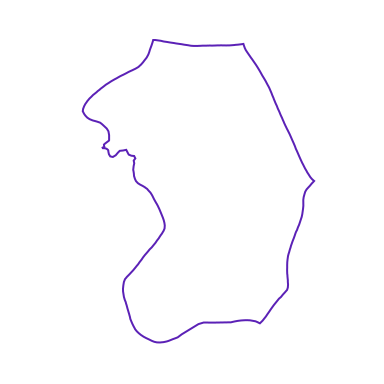 Daw'an, Hadramawt, Yemen, rotated 8°
{"feature_id": "15242507B41313951038201", "entity_name": "Daw'an", "entity_type": "district", "adm_level": 2, "iso_a3": "YEM", "parent_name": "Yemen", "parent_adm1": "Hadramawt", "projection": "orthographic", "projection_center": [48.292, 15.038], "detail": "fine", "context": "isolated", "style": "outline", "palette": "violet", "viewbox_px": 384, "rotation_deg": 8, "n_neighbors": 0, "source": "geoboundaries", "source_scale": "gbopen_adm2", "svg_char_len": 5581}
<svg xmlns="http://www.w3.org/2000/svg" viewBox="0 0 384 384"><g transform="rotate(8 192 192)"><path d="M311.4,164.1L310.9,163.8L309.0,162.5L307.2,160.9L307.0,160.7L304.8,158.1L303.3,156.4L302.7,155.5L300.4,152.6L300.3,152.4L298.9,150.4L298.1,149.2L297.4,148.3L296.6,147.1L295.3,145.1L293.3,141.9L292.2,140.1L291.9,139.6L290.3,137.0L288.8,134.7L287.6,132.4L285.8,129.4L283.9,126.4L282.5,124.1L280.7,121.2L278.7,118.3L278.1,117.4L277.2,116.2L275.9,114.2L275.4,113.5L273.4,110.4L273.1,109.8L272.0,108.1L270.9,106.2L270.5,105.6L269.0,103.3L267.2,100.2L265.5,97.6L264.8,96.4L264.3,95.4L263.6,94.3L262.8,93.1L262.0,91.8L261.2,90.4L260.0,88.4L259.8,87.9L258.1,85.1L257.0,83.1L256.9,82.9L255.5,80.6L254.1,78.3L253.0,76.7L252.5,76.1L250.9,73.9L249.4,71.8L247.4,69.3L245.5,67.0L244.8,66.1L243.7,64.6L242.0,62.4L239.9,59.8L237.6,57.1L235.2,54.5L233.0,52.1L231.7,50.8L231.2,50.3L231.1,50.1L229.5,48.4L227.4,46.1L225.8,44.3L225.6,44.1L224.2,42.0L223.9,41.4L223.0,39.7L222.3,38.2L221.6,38.4L220.4,38.8L217.0,39.7L214.3,40.3L213.7,40.5L210.6,41.2L208.2,41.7L206.6,41.9L205.6,42.1L203.0,42.4L199.9,42.8L198.3,43.1L196.7,43.3L194.1,43.8L192.9,44.0L191.5,44.2L188.6,44.6L185.7,45.1L184.4,45.3L182.8,45.5L179.7,46.1L176.5,46.7L173.5,47.1L171.0,47.3L170.6,47.3L169.7,47.3L167.8,47.2L166.2,47.2L164.4,47.2L163.6,47.2L161.3,47.1L159.0,47.1L158.3,47.1L155.3,47.1L153.6,47.0L152.0,47.0L151.4,47.0L149.4,47.0L146.5,46.9L143.2,46.9L142.0,46.8L140.2,46.6L138.7,46.6L137.2,46.6L134.5,46.6L132.8,46.8L132.4,46.9L132.4,47.3L132.0,49.9L131.5,52.6L130.9,55.3L130.5,57.2L130.3,58.6L130.1,59.8L129.6,62.0L128.4,65.2L126.9,67.8L126.7,68.1L125.5,70.3L123.8,72.9L123.4,73.4L123.1,73.7L121.6,75.6L120.6,76.4L119.6,77.2L118.4,78.1L117.3,78.8L115.7,79.9L115.0,80.3L112.4,82.0L110.4,83.5L107.7,85.4L106.3,86.3L104.7,87.4L103.4,88.4L102.5,89.1L101.5,89.9L99.8,91.1L98.0,92.5L96.7,93.5L94.2,95.7L91.8,97.7L89.9,99.7L88.1,101.5L87.0,102.6L86.4,103.4L84.5,105.3L83.5,106.6L82.8,107.3L81.8,108.4L80.6,109.6L79.0,111.8L78.1,112.9L77.4,113.8L76.0,116.1L75.7,116.5L75.4,117.2L74.1,119.7L73.2,122.2L72.9,123.6L72.6,124.8L72.6,125.4L72.6,127.3L73.0,127.8L74.2,129.5L74.9,130.3L75.9,131.3L77.9,132.9L78.1,133.0L80.4,134.1L83.1,134.8L84.1,135.0L85.9,135.2L88.0,135.5L88.6,135.6L91.3,136.1L92.9,137.0L93.7,137.5L95.3,138.6L96.3,139.3L98.7,141.0L100.8,143.5L102.0,147.2L102.7,152.2L102.5,152.8L102.1,153.2L100.9,154.4L99.1,156.2L98.2,157.3L98.6,158.9L98.9,159.3L98.9,159.7L97.7,160.2L97.3,160.5L97.6,161.0L98.5,160.9L99.9,160.8L101.0,161.0L102.0,161.4L102.6,161.8L103.1,162.2L103.4,162.8L103.5,163.5L104.0,164.9L104.5,166.2L104.6,166.3L106.1,168.1L108.1,168.3L108.8,168.3L110.5,166.9L111.3,166.3L113.2,163.3L114.7,161.3L118.3,160.4L118.5,160.3L121.0,159.4L122.7,161.8L123.7,163.2L124.2,163.8L125.8,164.2L126.9,164.5L129.7,164.4L130.7,165.9L131.2,166.6L129.9,169.0L130.8,171.6L130.6,174.5L130.7,178.3L131.1,179.3L131.8,181.6L132.4,184.3L132.8,185.1L133.6,186.8L134.8,188.7L135.0,189.0L137.2,190.8L139.6,191.9L142.2,192.8L144.8,193.9L145.0,194.1L147.2,195.2L147.9,195.9L149.2,197.0L150.7,198.2L151.2,198.7L152.3,200.0L153.1,201.0L154.2,202.6L154.8,203.5L155.2,204.1L156.7,206.1L158.4,208.3L158.7,208.6L159.2,209.3L160.3,210.8L160.6,211.3L161.8,213.1L162.6,214.4L163.3,215.6L165.0,218.5L166.5,221.1L166.9,221.8L168.0,224.0L169.0,226.5L169.7,229.0L169.9,232.0L169.2,234.6L168.9,235.2L168.0,237.4L166.9,239.4L166.6,240.1L166.1,241.1L165.5,242.5L164.1,244.9L162.9,247.4L161.3,250.0L159.8,252.5L158.6,254.0L157.8,255.1L157.3,256.0L156.0,258.1L154.1,261.0L152.5,263.8L152.0,264.9L151.4,266.1L149.7,269.0L149.1,270.3L148.4,271.6L147.9,272.3L146.6,274.5L144.9,277.3L144.1,278.5L143.1,279.9L141.8,281.8L141.0,282.9L139.2,285.3L138.9,285.9L137.8,287.6L137.3,289.7L137.1,290.5L137.0,293.9L137.1,296.6L137.1,297.3L137.6,300.2L137.8,300.8L138.4,302.8L139.2,305.4L140.2,307.6L140.3,307.9L141.7,310.3L142.2,311.6L143.0,313.2L144.3,316.3L145.5,318.9L145.8,319.6L146.6,321.3L147.5,323.4L147.7,323.8L148.2,325.1L148.6,326.3L150.0,328.7L151.4,331.0L152.1,332.0L152.9,333.2L153.9,334.5L154.8,335.8L156.7,337.6L158.9,339.2L161.4,340.7L162.9,341.4L164.1,342.0L165.2,342.4L166.8,343.0L169.7,343.9L173.0,345.0L175.5,345.6L178.1,345.8L181.1,345.5L184.8,344.6L186.2,344.1L187.8,343.5L189.5,342.7L191.1,341.8L193.0,340.7L193.5,340.4L195.8,339.2L197.4,338.3L198.1,337.9L201.6,334.4L216.8,321.9L221.8,319.6L230.5,318.5L248.8,315.6L250.0,315.1L252.4,314.2L254.5,313.5L255.1,313.3L258.4,312.4L260.3,312.0L261.3,311.8L262.8,311.5L264.1,311.3L267.3,311.0L270.2,311.1L270.3,311.1L272.9,311.2L275.5,311.9L275.6,312.0L277.5,312.6L278.2,311.7L278.5,311.3L279.8,309.6L281.2,307.2L282.1,305.7L282.5,305.0L283.7,302.5L285.2,299.6L286.3,297.3L287.5,295.0L288.7,292.7L289.6,291.2L290.2,290.2L291.7,287.7L293.0,285.5L294.7,283.6L296.3,280.9L298.1,278.3L298.6,277.5L299.8,275.7L300.2,273.2L300.0,270.3L299.4,267.6L299.2,266.1L298.9,264.9L298.3,262.4L298.0,260.8L297.7,259.9L297.2,257.0L297.0,255.7L296.8,253.8L296.7,253.1L296.4,251.0L296.1,248.2L296.0,245.4L296.0,242.8L296.0,242.0L296.2,240.3L296.3,239.5L296.5,238.6L296.8,236.3L297.0,234.8L297.3,233.4L297.5,231.5L297.8,230.1L298.3,227.5L298.7,225.7L299.2,223.7L299.6,221.8L299.9,220.3L300.1,219.1L300.5,217.2L300.8,216.3L301.4,214.7L301.4,214.3L301.9,212.0L302.6,209.6L303.1,206.9L303.6,204.1L303.8,203.0L304.1,201.4L304.2,199.9L304.3,198.5L304.3,195.7L304.3,193.8L304.3,193.1L304.2,190.6L304.2,190.3L303.8,187.6L303.3,184.3L303.3,181.5L303.7,178.4L304.1,175.9L304.6,174.7L305.1,173.5L306.5,171.4L307.7,169.7L308.1,169.1L308.5,168.4L309.5,166.8L310.6,165.3L311.4,164.1Z" fill="none" stroke="#5b21b6" stroke-width="2"/></g></svg>